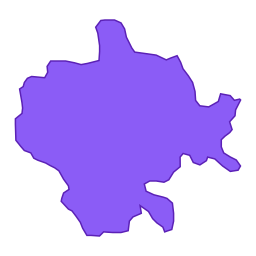 the district of Goesan-gun, North Chungcheong, South Korea
{"feature_id": "91817680B74553451927555", "entity_name": "Goesan-gun", "entity_type": "district", "adm_level": 2, "iso_a3": "KOR", "parent_name": "South Korea", "parent_adm1": "North Chungcheong", "projection": "albers", "projection_center": [127.853, 36.767], "detail": "fine", "context": "isolated", "style": "filled", "palette": "violet", "viewbox_px": 256, "rotation_deg": 0, "n_neighbors": 0, "source": "geoboundaries", "source_scale": "gbopen_adm2", "svg_char_len": 1611}
<svg xmlns="http://www.w3.org/2000/svg" viewBox="0 0 256 256"><path d="M19.6,89.0L22.0,102.7L22.6,108.1L22.0,113.4L15.4,118.8L15.4,124.2L15.9,140.3L20.7,146.3L24.3,150.5L30.8,152.9L33.8,158.2L37.4,160.0L38.1,160.3L45.7,163.0L49.9,165.4L54.7,167.8L58.9,170.8L63.6,179.2L68.4,185.8L69.0,189.4L63.6,193.0L61.8,198.3L61.2,201.3L68.4,209.1L72.0,210.9L76.1,216.3L80.3,222.3L82.7,228.3L86.9,235.4L89.3,235.4L91.1,235.4L99.5,236.0L103.6,231.9L112.6,232.5L121.0,232.5L128.2,230.7L129.4,221.1L133.0,216.9L141.3,213.3L140.1,205.6L148.5,211.5L152.7,218.7L156.9,222.9L162.9,227.1L164.7,231.9L167.2,231.0L171.8,229.5L173.6,221.1L173.6,213.3L172.4,203.1L167.0,198.4L163.4,197.2L153.9,194.8L146.1,191.2L144.3,184.0L149.7,181.0L156.3,181.0L164.0,182.2L168.8,179.8L173.6,172.1L180.2,166.7L180.1,157.1L183.1,153.5L189.7,155.3L193.3,162.5L199.9,164.9L206.4,160.7L207.6,157.1L214.8,158.9L222.6,166.0L230.3,171.4L238.1,170.2L240.5,166.0L236.3,160.0L230.3,157.0L223.7,152.9L221.3,146.9L221.3,139.7L224.9,136.2L229.7,132.6L232.1,129.6L229.6,121.8L235.0,115.8L235.6,109.9L240.6,100.0L239.7,99.1L234.4,100.3L230.2,95.6L220.6,93.8L218.3,101.5L208.7,106.9L199.8,105.8L195.6,100.4L195.0,91.4L192.6,82.5L188.4,75.9L183.0,68.8L180.6,62.2L177.1,55.7L170.5,58.1L166.3,59.9L156.2,55.1L147.8,53.9L134.7,52.1L131.8,48.0L126.4,37.2L124.6,28.9L121.0,22.9L114.5,20.0L110.9,20.0L105.0,20.0L100.8,20.5L95.7,27.2L97.8,33.1L99.6,45.6L99.6,51.5L99.0,60.5L87.6,63.4L81.1,64.6L74.5,62.8L65.6,61.0L57.2,61.0L50.7,61.0L47.1,66.4L47.7,72.3L44.7,77.7L31.6,76.5L27.4,78.3L24.4,82.4L23.2,86.6L19.6,89.0Z" fill="#8b5cf6" stroke="#5b21b6" stroke-width="1.5"/></svg>